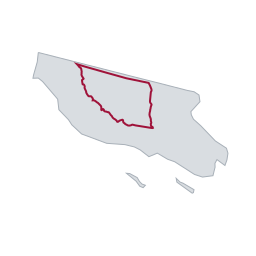 location of Cayo within Belize, rotated 102°
{"feature_id": "BLZ-1324", "entity_name": "Cayo", "entity_type": "District", "adm_level": 1, "iso_a3": "BLZ", "parent_name": "Belize", "parent_adm1": "", "projection": "orthographic", "projection_center": [-88.805, 16.941], "detail": "fine", "context": "in_parent", "style": "outline", "palette": "rose", "viewbox_px": 256, "rotation_deg": 102, "n_neighbors": 0, "source": "natural_earth", "source_scale": "10m", "svg_char_len": 2809}
<svg xmlns="http://www.w3.org/2000/svg" viewBox="0 0 256 256"><g transform="rotate(102 128 128)"><path d="M78.9,77.8L78.8,70.9L81.0,65.4L87.3,63.1L95.5,67.9L98.9,69.9L102.0,68.8L105.8,65.8L110.6,57.4L122.5,39.9L127.3,27.5L131.9,25.0L138.7,24.6L144.5,25.4L140.4,34.4L144.5,35.6L148.2,34.7L157.0,35.0L160.5,44.9L159.6,53.3L151.3,75.3L150.3,82.8L146.5,94.1L151.7,101.6L146.9,111.5L145.2,117.8L144.9,127.5L147.4,145.7L143.5,172.1L136.6,183.6L132.2,188.0L124.5,199.4L114.4,202.8L100.3,221.2L97.8,226.1L99.1,231.3L95.8,231.4L82.3,230.5L73.1,231.4L72.8,231.0L73.6,211.2L74.8,180.5L75.7,158.0L76.6,136.0L77.2,119.6L78.1,97.2L78.9,77.8ZM170.8,68.9L167.2,70.4L170.1,65.8L170.5,62.9L174.6,50.6L177.6,50.6L178.4,51.7L170.8,68.9ZM178.4,108.9L172.6,120.1L172.2,116.9L174.6,108.7L177.9,105.7L179.9,102.7L180.4,99.1L183.2,100.8L182.5,104.4L178.4,108.9Z" fill="#d9dde1" stroke="#a8b0b8" stroke-width="1"/><path d="M76.2,191.2L76.9,183.0L78.4,160.6L79.7,139.9L79.6,117.2L81.9,115.3L85.1,113.2L86.2,112.8L87.0,112.8L87.6,113.0L88.2,113.1L97.1,112.1L98.1,111.8L98.9,111.2L99.4,110.6L99.9,110.0L100.4,109.8L101.6,110.0L102.9,110.1L104.7,110.0L105.5,110.1L106.6,109.9L108.6,110.0L110.4,109.8L111.7,109.3L114.0,107.8L115.3,107.3L116.1,107.2L117.7,106.4L118.3,106.3L119.3,106.6L121.1,105.9L121.6,105.1L122.0,104.1L122.7,103.7L123.0,104.2L123.1,105.3L123.9,121.2L123.8,124.1L123.9,124.6L124.8,125.8L125.4,127.3L125.5,128.2L125.5,128.9L125.1,129.9L125.0,130.4L124.8,131.3L124.6,131.7L124.4,131.9L124.3,132.0L124.1,132.2L124.0,132.5L123.9,132.9L123.7,133.4L123.5,133.6L123.3,133.7L123.1,133.9L121.4,134.5L121.1,135.3L121.4,135.9L122.5,137.7L123.6,138.7L124.1,139.2L124.1,139.9L123.7,140.3L123.3,140.6L123.0,140.9L122.2,142.5L121.8,143.8L121.3,144.7L120.8,145.4L120.0,146.0L119.6,146.4L119.1,147.3L116.8,149.8L116.6,150.2L116.6,150.6L116.7,150.9L116.7,151.4L116.5,152.5L116.5,152.9L116.6,153.9L116.5,154.3L116.4,154.6L116.2,154.9L116.0,155.1L115.2,155.4L114.8,155.9L114.7,156.1L114.7,156.4L115.7,157.1L116.0,157.5L115.8,157.9L115.4,158.0L114.1,158.2L112.6,158.7L112.2,159.0L111.8,159.4L109.7,162.6L109.3,163.8L108.5,165.3L108.0,166.9L108.0,167.2L108.3,168.3L107.0,168.3L106.4,168.7L106.2,168.8L105.8,169.3L104.9,170.3L104.7,170.7L104.7,171.1L105.0,172.4L105.1,172.8L104.8,173.6L103.3,175.2L102.1,176.2L101.7,176.3L101.1,176.5L100.6,176.8L98.5,178.4L97.8,178.8L97.4,178.9L97.0,178.9L96.6,178.9L95.7,179.3L95.3,179.6L94.9,180.0L94.6,180.5L94.7,181.4L94.4,181.6L91.3,182.8L90.9,182.9L90.6,182.9L90.3,182.7L89.8,182.2L89.6,182.0L89.3,181.8L89.0,181.7L88.8,181.8L88.3,182.4L86.7,183.9L86.1,184.3L85.6,184.6L84.3,184.7L83.8,184.9L83.5,184.9L82.5,185.0L79.8,186.1L79.5,186.4L79.1,186.7L78.9,187.1L78.8,187.3L78.8,187.7L78.6,188.0L78.4,188.4L77.9,189.0L77.5,189.4L77.1,189.9L76.2,191.2Z" fill="none" stroke="#9f1239" stroke-width="2"/></g></svg>